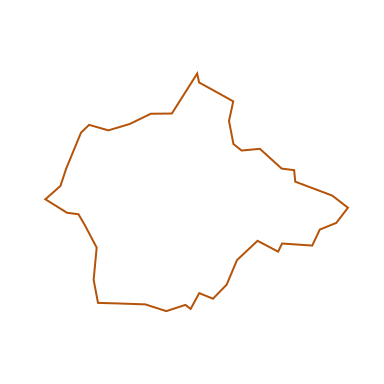 Madison, Georgia, United States of America, rotated 338°
{"feature_id": "52423323B87316912703602", "entity_name": "Madison", "entity_type": "district", "adm_level": 2, "iso_a3": "USA", "parent_name": "United States of America", "parent_adm1": "Georgia", "projection": "orthographic", "projection_center": [-83.203, 34.136], "detail": "fine", "context": "isolated", "style": "outline", "palette": "amber", "viewbox_px": 384, "rotation_deg": 338, "n_neighbors": 0, "source": "geoboundaries", "source_scale": "gbopen_adm2", "svg_char_len": 667}
<svg xmlns="http://www.w3.org/2000/svg" viewBox="0 0 384 384"><g transform="rotate(338 192 192)"><path d="M53.3,143.8L68.3,164.4L78.4,170.1L80.2,182.5L82.8,207.8L67.9,236.6L63.3,259.6L80.7,267.2L106.6,278.7L123.5,292.8L143.6,294.2L146.9,299.9L160.8,288.5L171.5,298.8L189.4,290.9L208.2,272.0L234.5,261.8L249.5,279.6L256.2,273.5L283.4,286.7L296.4,274.7L314.2,274.7L330.7,265.0L320.7,247.9L291.6,221.1L294.9,210.0L283.9,203.9L271.1,177.4L253.5,172.1L248.4,163.1L252.9,140.0L264.2,123.4L239.6,93.1L241.2,84.1L202.7,111.7L183.1,104.0L159.6,105.6L137.5,103.5L121.7,91.2L111.3,95.4L84.1,123.2L72.3,137.1L53.3,143.8Z" fill="none" stroke="#b45309" stroke-width="2"/></g></svg>